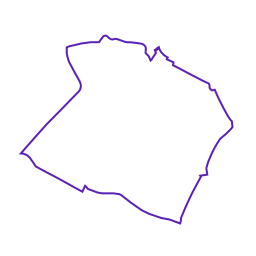 the district of Al Darb al-Ahmar, Al Qahirah, Egypt, rotated 186°
{"feature_id": "37247803B66957331642315", "entity_name": "Al Darb al-Ahmar", "entity_type": "district", "adm_level": 2, "iso_a3": "EGY", "parent_name": "Egypt", "parent_adm1": "Al Qahirah", "projection": "natural_earth1", "projection_center": [31.261, 30.041], "detail": "fine", "context": "isolated", "style": "outline", "palette": "violet", "viewbox_px": 256, "rotation_deg": 186, "n_neighbors": 0, "source": "geoboundaries", "source_scale": "gbopen_adm2", "svg_char_len": 2781}
<svg xmlns="http://www.w3.org/2000/svg" viewBox="0 0 256 256"><g transform="rotate(186 128 128)"><path d="M24.2,139.9L24.9,143.2L25.4,145.5L26.4,146.3L26.6,146.5L27.1,147.0L30.3,150.8L32.4,153.9L35.4,158.2L37.7,161.8L40.6,166.2L42.6,169.6L45.7,175.1L47.8,174.4L48.4,174.2L49.4,174.8L50.2,175.3L51.0,176.4L51.1,177.1L51.2,177.9L51.3,178.4L51.6,179.5L52.1,180.2L52.5,180.8L55.1,181.6L58.5,182.8L67.0,186.1L73.1,188.5L75.8,189.6L79.5,191.1L83.7,192.8L89.8,195.1L89.7,196.6L89.6,198.0L93.2,199.3L96.6,200.4L96.2,201.5L95.9,202.3L97.6,203.0L100.4,204.7L102.9,206.9L104.3,208.6L105.0,209.7L105.8,211.7L107.3,210.5L106.8,209.4L107.4,208.8L107.6,209.1L107.9,209.7L109.5,208.4L108.1,205.6L110.7,200.6L111.6,198.7L112.6,197.5L114.9,201.5L115.6,202.1L116.3,202.7L118.4,204.5L118.5,207.5L118.6,209.1L118.8,210.1L120.1,211.7L120.8,212.2L121.4,212.6L123.2,213.2L124.2,213.3L125.2,213.3L129.7,213.5L130.5,213.5L131.2,213.5L132.1,213.5L132.9,213.5L133.5,213.5L134.2,213.5L135.7,213.4L136.7,213.3L137.7,213.2L140.1,213.4L146.5,214.9L149.1,215.4L150.0,215.4L150.5,215.2L151.0,215.0L152.7,214.4L154.6,214.6L156.0,215.3L156.8,215.9L158.2,217.0L159.5,217.5L160.8,217.4L162.0,216.8L164.0,213.5L165.8,210.3L173.7,209.5L177.9,208.5L183.2,207.2L189.6,204.9L194.3,203.4L197.4,201.8L197.4,201.6L197.3,201.2L196.8,196.6L196.7,196.0L196.5,195.5L196.4,194.9L196.2,194.3L196.0,193.7L195.9,193.1L195.7,192.6L195.5,192.0L195.3,191.5L195.0,190.9L194.8,190.3L194.6,189.8L194.3,189.3L194.1,188.7L193.8,188.2L193.5,187.7L193.3,187.2L192.9,186.6L190.9,183.7L186.4,177.0L181.1,169.6L180.4,168.3L180.1,167.7L179.8,167.0L179.6,166.3L179.4,165.7L179.3,165.0L179.3,164.4L179.3,163.8L179.3,163.1L179.4,162.4L179.6,161.7L179.7,161.2L180.0,160.6L180.3,159.9L180.7,159.3L183.7,155.5L196.6,139.1L209.0,123.6L218.4,110.6L226.7,98.9L227.5,97.8L228.3,96.7L231.8,91.5L230.7,91.6L230.1,91.5L229.4,91.5L228.8,91.3L228.1,91.2L227.5,91.0L226.8,90.8L226.2,90.6L225.6,90.3L225.0,90.0L224.4,89.6L223.9,89.2L223.4,88.8L222.8,88.4L222.3,87.9L221.9,87.4L221.5,87.0L220.3,85.6L219.7,84.9L219.1,84.3L215.7,80.1L203.8,75.2L194.4,71.5L181.3,66.0L174.8,63.2L170.2,61.3L166.7,59.9L164.6,66.0L163.7,65.4L163.2,64.9L163.0,64.7L162.1,63.7L161.2,63.1L160.2,62.9L151.8,60.7L147.6,60.3L143.2,60.7L135.4,61.5L130.3,61.3L129.7,61.2L129.0,61.1L127.4,60.4L126.5,59.8L125.6,59.2L117.4,54.1L111.3,50.7L105.6,47.6L97.9,44.8L85.6,42.0L77.1,41.3L66.2,38.5L65.7,41.3L65.8,42.5L65.8,42.8L65.8,44.4L62.0,56.8L59.4,64.4L57.2,70.6L50.5,87.0L50.8,87.6L51.2,88.1L44.3,89.9L45.9,96.2L45.8,96.8L45.7,97.5L45.1,100.8L44.8,102.1L44.5,103.4L42.8,108.9L41.6,112.6L40.1,116.6L39.2,118.7L38.7,119.7L38.3,120.8L36.7,124.0L35.7,126.0L34.9,127.2L33.2,129.0L31.6,130.6L30.8,131.5L30.0,132.3L28.4,134.2L25.8,137.4L24.2,139.9Z" fill="none" stroke="#5b21b6" stroke-width="2"/></g></svg>